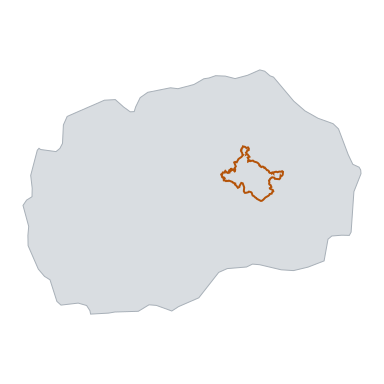 Shtip, Štip, North Macedonia (highlighted)
{"feature_id": "65306769B54195317631303", "entity_name": "Shtip", "entity_type": "district", "adm_level": 2, "iso_a3": "MKD", "parent_name": "North Macedonia", "parent_adm1": "Štip", "projection": "robinson", "projection_center": [22.163, 41.717], "detail": "fine", "context": "in_parent", "style": "outline", "palette": "amber", "viewbox_px": 384, "rotation_deg": 0, "n_neighbors": 0, "source": "geoboundaries", "source_scale": "gbopen_adm2", "svg_char_len": 3158}
<svg xmlns="http://www.w3.org/2000/svg" viewBox="0 0 384 384"><path d="M170.6,87.8L178.0,88.7L193.9,84.5L203.8,78.8L208.9,78.0L215.6,75.7L225.3,76.1L235.1,78.6L247.5,75.3L259.8,69.9L264.7,71.2L270.0,75.8L273.5,77.1L293.8,101.2L305.0,110.9L318.1,118.3L333.1,123.7L338.5,128.9L348.2,154.6L352.8,164.3L359.1,167.2L360.7,170.0L361.0,173.7L353.9,191.7L351.1,232.1L349.3,235.4L341.8,235.2L331.8,236.0L328.0,239.2L324.1,260.9L308.1,267.1L293.5,270.6L281.2,269.8L259.6,264.7L252.5,264.1L246.5,267.0L227.2,268.6L218.7,272.4L198.8,297.8L178.6,306.6L171.8,311.0L156.4,305.4L149.0,304.8L138.3,311.3L114.9,312.0L108.6,313.1L90.6,314.1L89.9,310.6L86.6,305.5L78.2,303.1L61.0,305.1L56.9,301.4L50.0,279.8L44.5,276.4L38.3,269.1L28.1,245.7L27.9,235.4L28.7,226.4L23.0,205.4L26.6,200.1L32.0,196.7L32.2,188.3L30.7,175.4L37.3,150.2L39.0,148.3L40.6,149.5L56.0,151.6L59.9,148.4L62.5,143.4L63.4,124.9L67.2,116.4L104.4,100.2L115.3,99.6L123.6,107.0L130.2,111.8L134.2,111.6L135.7,106.8L140.2,97.6L147.8,92.3L170.4,87.8L170.6,87.8Z" fill="#d9dde1" stroke="#a8b0b8" stroke-width="1"/><path d="M223.8,180.4L225.0,180.5L225.8,181.0L226.1,180.7L226.6,181.0L227.0,180.8L228.0,181.1L228.8,180.6L232.4,181.9L232.7,182.5L235.2,183.5L234.9,184.5L236.1,185.4L237.9,187.8L239.4,186.9L239.4,186.2L241.3,182.9L242.7,183.3L244.2,187.4L243.8,191.1L244.6,192.6L245.0,192.9L246.5,192.7L248.3,192.2L248.9,191.6L250.9,192.1L251.6,192.6L252.6,195.5L254.0,196.2L255.4,197.6L256.2,197.9L256.7,198.7L260.8,200.9L261.8,200.8L263.3,199.7L265.4,197.5L268.4,195.8L269.4,194.9L269.7,194.0L271.6,193.7L272.4,191.9L273.3,191.4L273.2,190.9L272.9,190.1L270.0,188.7L269.8,188.2L271.4,187.0L270.6,185.1L269.6,184.7L269.1,183.8L269.4,182.7L269.0,180.4L269.9,179.6L270.1,178.8L272.1,177.3L274.4,177.7L274.9,178.8L279.3,179.2L280.2,178.2L280.5,176.2L280.7,176.6L281.0,176.1L281.8,175.9L282.7,174.8L283.0,171.8L282.1,171.2L281.6,171.7L279.2,171.6L277.6,172.2L276.1,171.7L273.4,172.4L273.4,173.4L272.8,172.7L272.0,173.3L271.9,172.6L270.7,173.0L269.6,172.8L269.1,172.3L269.1,171.4L267.7,170.2L267.0,170.2L264.9,167.7L264.3,168.0L263.6,166.9L263.1,166.7L262.3,166.6L261.6,167.1L260.9,166.8L260.2,166.3L260.2,165.8L259.3,165.4L259.4,164.7L258.1,163.2L256.7,162.3L254.2,161.6L252.9,160.6L251.4,160.9L250.6,160.7L250.3,161.1L249.3,160.9L248.1,161.5L248.1,160.4L248.7,159.6L247.7,157.6L249.4,156.8L247.5,154.3L246.8,154.1L246.3,154.4L246.5,153.8L246.0,152.6L246.6,152.2L247.4,150.2L248.1,150.4L248.7,150.1L248.8,148.5L248.0,147.4L246.4,148.0L244.9,146.8L242.9,146.4L242.6,147.6L241.8,148.3L241.5,149.9L241.1,149.8L240.9,150.8L242.2,153.0L242.5,154.9L243.0,155.0L241.5,156.9L238.5,159.0L236.7,162.3L235.2,161.9L234.2,162.4L235.8,166.4L234.6,168.2L235.2,169.2L235.0,171.1L234.7,171.4L234.2,170.9L234.4,170.2L234.1,169.6L233.3,169.5L232.6,169.9L231.6,168.8L230.8,168.9L230.4,169.7L231.5,170.1L230.6,171.1L230.0,170.4L229.4,170.2L228.5,172.0L229.3,172.3L229.3,172.6L228.5,172.6L228.0,173.0L227.0,172.6L225.3,170.9L224.6,172.0L224.6,172.6L222.8,172.5L222.2,174.3L221.8,173.9L221.2,174.4L221.9,176.2L222.7,176.9L222.4,177.4L223.1,177.8L224.1,177.6L224.7,178.3L223.7,179.3L223.8,180.4Z" fill="none" stroke="#b45309" stroke-width="2"/></svg>